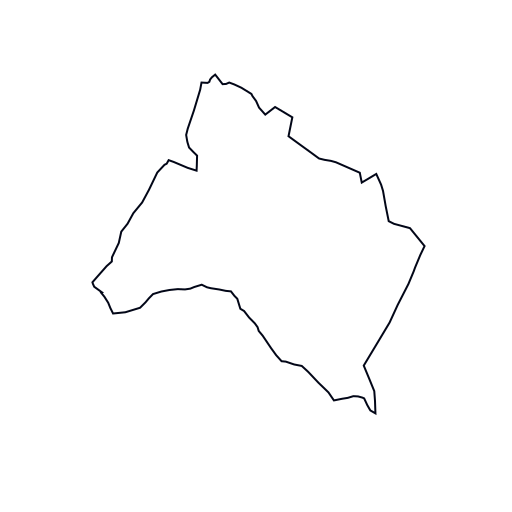 the district of Al-Muqdadiya, Diyala, Iraq, rotated 73°
{"feature_id": "34846034B81294640274407", "entity_name": "Al-Muqdadiya", "entity_type": "district", "adm_level": 2, "iso_a3": "IRQ", "parent_name": "Iraq", "parent_adm1": "Diyala", "projection": "robinson", "projection_center": [44.954, 33.88], "detail": "fine", "context": "isolated", "style": "outline", "palette": "ink", "viewbox_px": 512, "rotation_deg": 73, "n_neighbors": 0, "source": "geoboundaries", "source_scale": "gbopen_adm2", "svg_char_len": 1767}
<svg xmlns="http://www.w3.org/2000/svg" viewBox="0 0 512 512"><g transform="rotate(73 256 256)"><path d="M74.2,257.4L80.7,260.8L98.8,272.9L114.2,284.0L119.8,287.4L126.0,288.2L127.5,288.3L132.7,288.3L138.4,285.4L142.8,283.0L152.9,286.4L157.0,287.9L151.7,295.6L142.0,307.2L138.8,311.5L141.6,314.4L141.8,315.4L142.0,316.8L147.3,326.0L161.4,339.0L171.5,349.2L179.2,360.8L187.6,369.4L193.3,377.7L203.4,383.4L215.1,394.1L219.1,395.5L222.0,401.8L230.0,414.8L233.3,420.1L234.9,420.1L238.1,419.7L242.6,416.3L245.8,413.9L245.9,414.8L250.6,412.9L257.5,411.0L263.2,410.5L269.2,409.5L271.6,397.4L271.6,387.3L271.6,382.0L268.0,375.2L265.2,370.9L262.3,365.6L262.3,361.7L262.3,356.9L263.2,348.7L264.8,340.5L267.2,333.7L268.0,328.4L267.6,324.1L267.6,319.7L267.6,316.3L271.6,312.0L273.6,308.6L277.3,300.9L280.5,295.1L282.5,290.3L287.8,288.3L291.4,286.4L301.9,286.4L305.1,283.5L312.8,280.6L320.1,276.8L324.5,275.3L328.5,275.3L334.2,272.9L348.3,268.6L356.8,265.7L364.1,262.3L365.7,258.4L370.9,251.2L374.5,244.4L381.8,240.1L395.5,233.3L407.6,226.6L416.9,223.7L417.7,215.4L418.5,209.7L418.5,203.9L420.1,199.5L422.5,195.7L423.8,194.2L431.0,193.2L435.0,192.3L437.1,191.8L441.4,187.8L429.5,184.6L419.8,182.4L407.7,183.5L392.3,185.0L375.3,166.1L358.7,147.7L344.2,134.8L327.3,118.4L316.8,109.7L313.6,107.3L303.1,98.6L295.8,91.9L274.4,100.6L265.6,114.6L261.5,118.9L246.2,117.4L230.9,115.5L224.4,115.5L212.7,117.0L216.7,133.4L206.7,132.4L189.7,152.2L186.9,156.6L184.1,162.3L181.2,167.2L171.3,174.6L161.9,181.7L151.0,189.9L134.0,180.7L119.1,194.2L123.5,205.8L115.0,209.7L107.8,210.6L102.1,212.6L99.7,213.0L90.8,220.8L85.6,226.6L82.3,230.9L82.7,234.3L81.9,237.7L74.2,240.6L70.6,242.0L72.2,245.9L73.8,248.3L75.8,249.7L76.3,251.7L74.2,257.4Z" fill="none" stroke="#020617" stroke-width="2"/></g></svg>